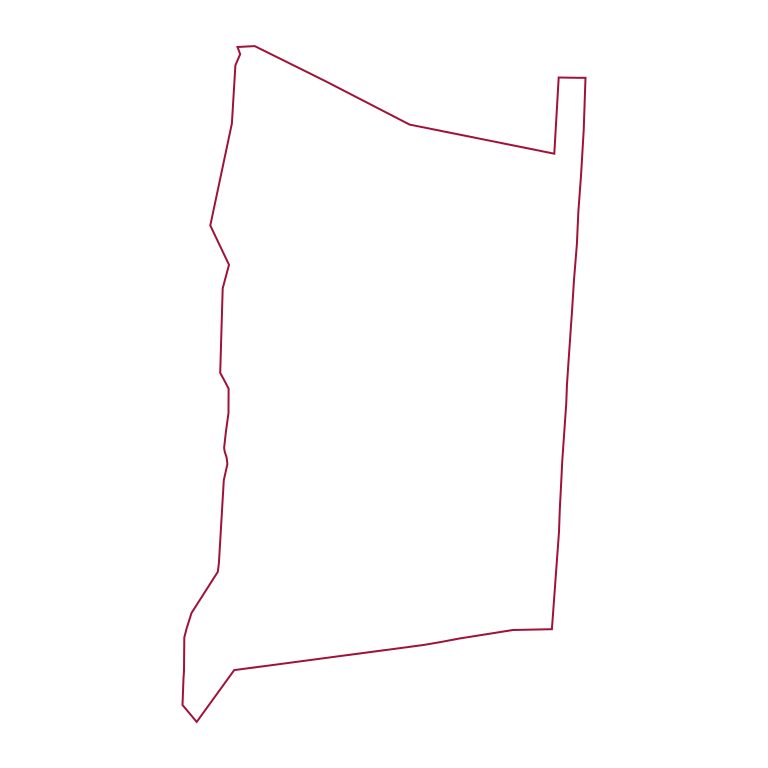 outline of Dutchess, New York, United States of America
{"feature_id": "52423323B41588458909272", "entity_name": "Dutchess", "entity_type": "district", "adm_level": 2, "iso_a3": "USA", "parent_name": "United States of America", "parent_adm1": "New York", "projection": "mercator", "projection_center": [-73.759, 41.759], "detail": "fine", "context": "isolated", "style": "outline", "palette": "rose", "viewbox_px": 768, "rotation_deg": 0, "n_neighbors": 0, "source": "geoboundaries", "source_scale": "gbopen_adm2", "svg_char_len": 778}
<svg xmlns="http://www.w3.org/2000/svg" viewBox="0 0 768 768"><path d="M578.0,77.8L558.7,77.5L554.3,153.7L409.6,124.6L324.9,80.9L254.7,46.1L237.5,47.0L240.2,54.2L235.4,65.2L231.9,123.4L210.3,225.5L229.0,264.8L222.7,288.3L220.2,372.9L224.2,380.2L228.6,388.6L228.5,409.4L228.5,412.9L225.9,431.9L224.1,448.0L224.8,452.0L226.6,457.5L227.4,464.1L223.8,480.2L218.9,563.2L217.8,571.8L191.5,613.0L186.4,629.2L184.3,637.6L184.0,671.2L183.5,678.1L182.5,705.0L196.7,721.9L234.2,670.1L424.0,644.9L439.2,642.3L459.4,638.5L512.8,630.0L551.9,629.2L559.0,531.8L559.8,509.3L561.2,482.4L562.3,460.4L566.2,404.2L566.9,386.5L566.9,385.4L571.6,316.8L571.7,316.2L574.0,279.8L576.9,244.1L578.3,212.6L581.1,174.3L583.7,130.3L585.5,77.8L578.0,77.8Z" fill="none" stroke="#9f1239" stroke-width="2"/></svg>